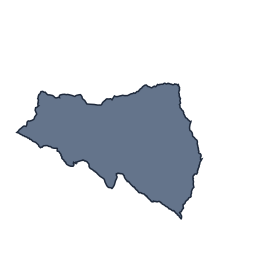 Socotá, Boyacá, Colombia (Mercator projection), rotated 302°
{"feature_id": "7082276B38564050638849", "entity_name": "Socotá", "entity_type": "district", "adm_level": 2, "iso_a3": "COL", "parent_name": "Colombia", "parent_adm1": "Boyacá", "projection": "mercator", "projection_center": [-72.569, 5.942], "detail": "fine", "context": "isolated", "style": "filled", "palette": "slate", "viewbox_px": 256, "rotation_deg": 302, "n_neighbors": 0, "source": "geoboundaries", "source_scale": "gbopen_adm2", "svg_char_len": 5753}
<svg xmlns="http://www.w3.org/2000/svg" viewBox="0 0 256 256"><g transform="rotate(302 128 128)"><path d="M126.0,63.5L124.6,59.2L123.6,58.0L123.0,56.4L122.0,54.9L120.0,52.9L118.8,52.8L118.0,53.2L117.5,53.8L117.1,52.6L115.8,51.6L115.3,50.9L115.1,49.8L115.5,48.2L115.6,46.9L114.6,44.1L113.7,42.6L113.7,42.2L113.7,41.6L114.5,38.8L113.8,37.8L113.9,36.3L112.7,34.9L110.8,35.2L110.2,35.2L109.1,34.7L108.4,35.0L107.5,35.0L106.4,35.6L105.0,35.9L105.0,36.3L104.3,37.2L102.4,38.0L102.0,38.5L101.7,38.3L100.9,38.7L100.6,38.7L100.0,39.4L99.3,39.8L99.5,40.5L98.0,40.0L96.9,39.6L96.3,38.9L96.0,39.0L93.9,39.8L92.7,41.4L92.1,42.5L91.2,43.3L90.7,43.2L87.9,43.0L86.2,43.5L85.4,43.5L83.7,42.6L81.7,40.9L81.3,39.9L80.4,39.3L79.3,39.4L77.6,40.3L76.5,40.6L75.3,40.7L74.7,39.0L74.1,38.4L70.2,37.2L69.2,36.7L67.6,36.7L65.3,36.1L65.9,38.1L65.7,39.9L66.0,41.6L65.8,42.8L66.3,44.0L66.1,45.2L66.7,46.7L66.4,48.2L67.0,49.7L66.9,50.1L66.4,50.5L66.4,50.9L66.9,52.1L66.3,54.2L66.9,57.3L66.2,61.0L65.3,62.1L64.9,64.2L65.9,64.8L66.4,65.5L67.1,65.4L67.6,65.7L68.4,66.0L69.0,67.1L69.6,67.6L70.4,69.1L70.4,70.5L71.2,72.2L71.2,72.7L70.9,73.6L71.4,75.4L71.8,76.3L73.0,78.2L73.2,78.8L73.1,79.0L71.4,79.8L70.9,80.3L71.5,81.7L70.8,83.1L70.1,85.1L69.7,85.5L69.1,85.7L68.5,87.3L68.2,87.5L67.6,87.6L67.3,88.0L67.0,89.0L66.9,90.3L66.1,91.5L66.1,92.4L65.8,92.9L65.9,93.5L65.3,93.9L64.7,95.4L64.8,97.7L65.2,99.6L66.4,101.6L67.0,101.8L67.9,101.7L68.5,101.4L69.0,100.4L69.8,100.1L69.6,100.7L70.1,100.6L70.3,101.6L70.3,102.6L71.3,102.1L71.3,103.0L72.2,102.7L75.6,105.6L76.3,106.4L76.6,106.4L76.6,106.7L77.3,107.4L77.1,107.9L77.1,108.9L77.6,109.5L77.5,110.5L77.7,111.2L77.1,112.6L76.9,113.6L76.0,114.6L75.4,115.0L75.1,115.0L74.0,116.4L73.7,118.0L73.9,118.9L73.8,120.6L73.5,121.8L73.8,122.7L73.4,123.4L73.5,124.7L73.0,126.3L72.2,129.9L72.2,132.8L72.1,134.4L71.7,135.3L70.0,137.2L67.9,140.5L67.4,141.9L67.3,143.1L68.3,145.3L68.2,146.4L68.7,146.6L71.0,146.7L72.8,146.5L76.9,145.3L78.6,145.2L80.5,144.8L80.9,144.5L81.7,143.2L83.1,142.4L83.6,143.2L84.1,143.2L84.3,143.4L84.6,144.4L84.8,144.4L84.8,144.7L85.3,145.5L85.4,146.3L85.8,146.6L86.2,147.9L85.7,149.1L85.5,150.1L84.7,150.6L83.6,152.4L83.0,153.8L82.9,154.7L82.2,155.7L82.4,156.0L82.8,156.3L82.9,156.8L82.6,156.9L82.7,157.4L81.6,160.6L81.3,162.2L81.0,162.8L81.0,163.6L81.3,164.0L81.4,164.3L80.8,164.9L80.9,165.9L80.4,166.3L79.9,168.3L80.0,168.9L79.0,171.3L79.3,172.4L79.7,172.6L79.7,172.9L80.0,173.5L79.8,174.4L80.1,174.9L80.1,175.4L80.6,176.8L80.3,177.4L80.3,177.8L80.1,178.1L80.2,178.6L79.9,178.9L80.2,179.5L80.2,180.0L80.1,180.3L79.8,180.3L79.5,181.1L78.9,183.6L78.8,184.8L78.3,185.8L78.1,187.5L78.6,187.9L78.6,188.3L79.2,188.2L79.5,188.3L79.9,189.8L80.5,190.5L80.4,191.1L80.8,191.5L81.0,192.1L81.8,192.7L82.4,193.8L82.4,194.2L82.1,194.9L82.3,195.3L82.0,195.8L82.2,196.1L81.7,197.3L81.9,199.6L81.6,201.9L81.9,203.2L81.5,204.9L81.2,205.4L81.5,205.9L81.4,206.6L81.7,207.2L81.4,209.2L81.6,210.1L82.2,210.5L82.2,210.9L81.8,211.5L81.5,213.1L81.1,213.9L81.1,215.2L80.5,216.0L80.6,217.2L80.5,217.8L79.9,218.6L79.4,220.3L79.1,220.9L79.3,221.3L81.0,220.6L81.9,219.9L82.3,219.1L83.2,217.9L83.3,216.8L83.6,216.5L84.4,216.8L85.2,217.5L88.1,217.2L89.0,217.6L89.7,217.4L90.2,216.6L92.4,215.3L93.4,216.0L94.4,216.2L96.0,215.8L97.6,216.1L98.9,216.7L101.0,216.6L102.4,217.6L103.3,217.8L104.8,216.7L106.4,216.4L107.8,215.4L110.8,214.9L112.7,215.3L113.5,214.4L115.2,212.9L117.2,212.0L118.8,210.4L119.8,210.2L120.0,209.5L120.7,209.3L121.3,208.8L122.3,208.7L122.7,208.9L123.0,208.8L123.3,209.0L124.0,208.9L124.9,209.7L125.3,210.6L125.8,210.6L127.2,210.5L128.6,209.5L129.2,209.6L129.5,209.3L130.0,209.4L130.4,209.1L132.3,208.9L132.9,208.6L133.5,208.6L133.8,208.1L135.2,208.0L137.1,207.2L139.8,207.2L140.7,207.1L139.9,206.6L139.8,206.2L141.3,205.3L141.7,204.8L143.0,204.9L143.2,204.6L144.1,203.9L144.5,202.8L144.2,202.3L144.2,201.6L144.7,200.8L145.4,200.7L146.1,200.2L146.6,199.3L147.6,198.9L148.0,198.2L148.7,197.8L148.9,197.3L149.7,196.8L150.5,195.8L150.9,195.6L151.3,195.0L152.7,194.4L153.6,193.7L154.2,192.8L154.4,190.9L155.0,189.4L155.3,187.2L157.3,185.6L158.0,184.8L158.7,183.3L158.7,182.3L158.9,181.6L160.6,180.2L161.5,179.7L163.8,178.7L166.5,178.1L167.0,177.9L166.4,177.4L166.4,176.8L166.8,175.2L166.8,174.3L167.2,173.7L167.4,172.5L167.3,171.3L168.7,169.3L169.7,167.5L170.2,167.2L170.6,167.1L171.8,165.3L171.8,164.1L172.5,162.9L172.8,161.4L174.5,160.2L175.1,159.2L176.8,159.4L177.5,158.9L178.5,157.6L180.9,156.8L181.2,155.7L181.6,155.6L181.8,154.9L182.3,154.7L182.7,154.2L184.1,153.4L184.5,152.6L185.3,152.1L186.1,151.9L186.6,151.6L187.1,151.7L188.0,151.3L188.4,150.7L188.8,150.7L189.6,150.3L190.5,148.7L191.3,147.9L190.6,147.8L190.9,146.9L190.9,146.2L190.3,145.2L190.2,144.3L189.6,144.2L188.9,143.7L188.2,142.5L188.2,141.6L187.7,140.9L187.7,139.7L187.2,139.2L187.3,138.5L187.1,138.2L186.0,137.6L185.6,137.1L185.5,135.5L184.7,134.8L183.5,134.4L183.1,133.5L182.2,132.5L182.0,132.0L181.4,131.8L181.3,131.5L180.9,131.2L180.6,130.0L178.0,129.7L177.9,129.5L177.6,129.4L177.6,128.9L177.4,128.6L177.4,128.2L176.9,128.1L176.7,127.6L174.9,127.0L174.5,126.5L174.1,123.7L173.7,122.8L174.2,120.8L174.0,120.5L173.2,119.6L171.6,118.9L170.4,118.5L169.3,118.5L167.2,117.6L166.4,117.7L165.9,117.4L164.5,117.5L163.8,116.4L163.5,116.2L161.3,115.7L161.0,115.3L160.9,114.3L159.9,113.9L158.5,112.4L155.3,110.5L153.7,108.1L152.9,106.1L151.5,104.8L150.8,104.0L149.8,103.2L148.7,102.0L148.1,100.7L148.0,99.5L143.4,99.5L143.7,98.5L143.6,97.8L143.2,97.2L142.6,96.7L141.5,94.6L141.0,94.5L140.5,94.1L139.2,94.0L138.8,93.7L136.2,93.0L133.7,93.2L132.7,92.4L132.4,91.7L131.4,90.2L130.1,87.0L127.1,81.5L126.6,80.3L128.4,76.7L128.7,74.1L129.0,73.5L130.3,72.2L131.1,70.1L130.5,69.2L128.7,67.3L127.9,66.7L126.7,66.3L126.4,65.7L126.0,63.5Z" fill="#64748b" stroke="#1e293b" stroke-width="1.5"/></g></svg>